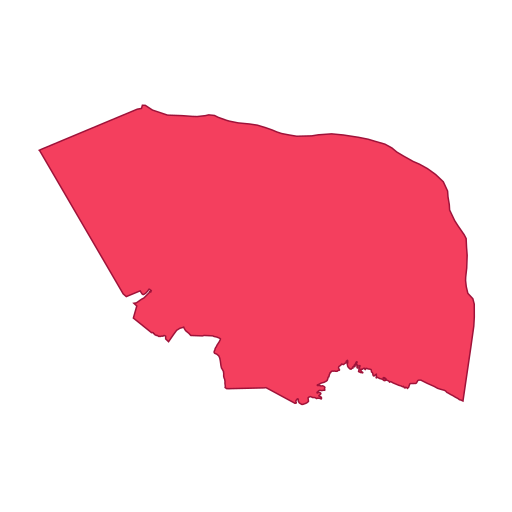 the district of Barito Timur, Kalimantan Tengah, Indonesia, rotated 92°
{"feature_id": "22746128B29529230943245", "entity_name": "Barito Timur", "entity_type": "district", "adm_level": 2, "iso_a3": "IDN", "parent_name": "Indonesia", "parent_adm1": "Kalimantan Tengah", "projection": "orthographic", "projection_center": [115.357, -2.015], "detail": "fine", "context": "isolated", "style": "filled", "palette": "rose", "viewbox_px": 512, "rotation_deg": 92, "n_neighbors": 0, "source": "geoboundaries", "source_scale": "gbopen_adm2", "svg_char_len": 6035}
<svg xmlns="http://www.w3.org/2000/svg" viewBox="0 0 512 512"><g transform="rotate(92 256 256)"><path d="M157.9,476.3L158.5,475.7L298.5,387.4L301.1,384.2L294.9,370.6L297.8,368.6L298.5,367.5L298.5,367.2L298.0,366.3L296.9,364.8L295.2,363.3L292.9,361.8L292.9,361.3L294.0,359.8L294.3,360.0L294.5,359.5L295.7,360.0L295.3,361.1L296.4,361.5L301.9,366.6L303.2,368.9L307.0,373.9L307.5,376.4L310.1,373.4L322.3,376.4L336.0,358.1L336.2,357.9L336.3,357.4L336.1,356.8L336.2,356.1L337.2,355.5L337.2,355.0L338.2,354.3L338.4,353.9L338.6,353.2L338.9,352.9L338.8,352.4L338.9,351.7L339.5,350.9L339.8,350.2L339.6,349.6L339.8,349.0L339.4,348.0L339.3,347.0L339.4,346.2L338.8,345.7L338.7,344.7L339.3,343.5L342.0,343.4L344.7,340.4L337.4,335.7L333.0,332.7L330.9,329.6L330.0,326.7L329.6,325.8L330.7,325.3L333.0,323.8L334.2,322.3L335.6,320.4L337.7,318.4L337.7,306.6L337.2,305.2L337.3,296.5L337.9,295.1L338.3,292.6L339.3,289.8L339.9,288.7L340.7,288.7L343.1,289.8L346.2,291.7L348.2,292.6L349.1,293.2L350.3,293.7L351.0,293.7L352.1,294.2L353.0,294.5L353.5,294.5L354.0,294.4L354.6,294.0L354.9,293.3L355.5,291.7L357.0,289.9L357.3,289.6L357.8,289.4L358.1,289.2L359.5,288.6L362.1,288.0L366.8,287.2L369.1,286.6L370.6,285.6L372.7,284.4L373.0,284.5L374.3,284.2L377.3,284.1L379.1,283.6L379.8,283.2L380.5,283.0L382.4,282.6L384.3,282.6L387.2,282.1L388.5,282.3L389.6,280.7L389.6,280.3L389.5,280.0L389.6,279.6L389.5,279.1L389.6,278.6L389.5,278.3L389.6,278.2L389.5,277.7L387.5,243.3L387.2,241.4L401.5,212.6L401.6,212.3L401.8,212.1L401.7,211.7L401.8,211.1L401.6,210.8L401.1,210.6L400.0,211.1L399.4,211.1L398.0,210.3L397.3,209.6L397.3,209.1L397.8,208.7L398.9,208.8L399.7,208.6L400.1,208.4L401.3,207.6L402.7,205.2L402.7,204.7L402.7,204.1L401.6,201.3L401.2,200.5L400.5,199.5L399.7,198.7L399.4,198.5L399.1,198.5L396.2,199.0L395.9,199.0L395.7,198.8L395.3,198.4L394.7,197.1L394.6,196.5L395.5,194.3L395.4,193.1L395.5,192.1L395.8,191.4L396.3,190.7L396.3,190.3L395.9,189.3L396.1,187.4L395.9,186.7L396.0,186.4L396.6,186.1L396.6,185.9L396.5,185.7L396.2,185.6L395.7,185.6L395.1,185.7L394.9,185.8L394.6,186.2L393.8,188.1L393.5,188.3L393.2,188.2L392.8,187.6L391.6,186.5L391.1,186.4L390.9,186.5L390.7,186.7L390.2,187.5L390.2,188.5L390.1,189.0L390.1,189.3L390.6,189.6L390.8,189.9L390.8,190.0L390.5,190.2L390.1,190.2L388.4,188.5L388.1,187.9L388.0,187.1L388.2,186.0L388.2,185.5L387.8,183.8L387.8,182.7L387.3,182.6L386.1,182.9L385.7,182.8L385.0,182.6L384.8,182.6L384.1,183.3L384.0,183.7L383.4,184.7L383.4,185.1L383.7,186.7L383.3,187.3L383.2,187.6L383.3,188.4L383.2,189.4L383.3,190.0L383.1,190.2L382.8,190.2L382.6,190.1L382.2,188.9L381.9,188.5L380.6,186.1L379.9,183.6L379.0,182.1L378.8,181.6L378.4,181.2L378.0,180.7L377.8,180.5L376.5,180.1L376.1,179.9L375.4,179.9L374.6,179.6L374.2,179.3L374.1,178.9L373.5,178.9L373.0,178.7L371.9,178.6L371.1,178.1L370.4,178.1L370.1,177.7L369.9,177.3L369.0,176.9L368.5,176.2L368.3,175.1L368.4,174.6L368.2,173.3L368.4,172.8L368.4,171.1L368.3,170.8L367.8,170.3L367.5,169.9L367.4,169.1L367.3,168.8L367.0,168.6L366.7,168.6L365.5,169.4L365.0,169.6L364.6,169.6L363.6,169.3L363.3,169.0L362.5,167.8L361.9,167.2L361.5,167.0L361.0,166.5L361.4,165.2L361.4,164.7L360.0,163.2L359.7,162.1L359.4,161.9L359.0,162.1L358.4,162.2L358.1,162.1L357.3,161.4L357.1,161.0L357.3,160.8L357.5,160.7L359.1,160.6L360.3,160.8L361.2,161.0L361.7,160.8L362.8,160.6L364.0,159.9L365.6,158.2L365.6,157.6L365.8,157.3L365.8,157.0L365.1,156.4L364.8,156.0L364.7,155.4L364.6,155.2L364.4,155.2L364.1,155.6L363.7,155.5L363.3,154.9L363.2,154.3L363.3,153.8L363.2,153.5L363.0,153.3L362.6,153.2L362.3,153.6L362.1,154.1L361.8,154.1L360.4,152.9L359.1,152.4L358.4,152.0L358.2,151.7L358.4,151.3L359.0,151.3L360.1,151.9L360.9,152.5L361.2,152.5L361.4,152.3L361.5,151.7L361.3,151.0L361.5,150.7L361.9,150.7L362.9,151.2L363.6,151.2L364.2,151.0L364.4,150.6L364.3,150.4L363.7,150.3L363.0,150.5L362.7,150.4L362.5,150.1L362.3,149.5L362.2,149.0L361.9,148.6L362.0,148.3L363.0,148.3L364.0,148.8L364.8,149.0L366.2,149.2L366.6,149.1L367.7,149.5L367.9,149.4L368.0,149.2L368.3,148.8L368.5,147.9L368.8,147.4L368.9,147.1L368.8,146.3L369.1,145.5L369.0,145.3L368.8,145.2L368.6,145.3L368.2,146.0L367.5,146.7L365.9,147.5L365.5,147.4L365.5,145.8L364.8,144.9L364.4,144.1L364.6,143.3L365.5,143.2L365.7,142.9L365.5,142.6L364.6,142.2L364.4,141.4L364.7,140.7L365.0,139.9L365.0,138.9L365.4,137.2L365.5,137.0L365.8,136.9L367.9,136.5L368.4,135.7L369.1,135.3L370.9,134.9L371.6,134.5L371.8,134.1L371.8,133.9L370.2,132.1L370.0,131.6L372.0,131.5L373.1,131.7L373.4,131.7L373.6,131.5L373.5,131.3L373.0,130.7L373.1,130.2L374.2,128.0L374.4,126.8L374.8,125.4L376.0,123.7L376.1,123.0L375.8,122.1L375.5,121.8L375.2,121.8L374.9,121.9L374.6,122.3L374.2,123.0L373.9,124.0L373.4,124.6L373.1,124.4L373.1,123.5L373.2,123.2L374.4,121.7L375.5,121.1L376.1,119.4L376.3,119.0L377.4,118.1L377.3,117.8L376.9,117.3L377.0,116.5L378.0,114.7L380.3,108.6L380.7,106.8L380.9,106.2L381.5,105.1L381.5,104.8L381.2,104.1L382.3,103.3L382.6,102.9L382.6,102.4L382.2,102.4L382.1,102.2L382.0,101.6L382.3,100.9L383.0,99.9L382.0,99.2L381.9,98.9L378.6,97.9L378.1,97.3L377.8,92.0L377.3,91.2L374.8,89.9L374.4,89.1L374.3,86.9L377.2,80.6L380.1,73.4L381.9,69.9L382.8,66.7L383.6,63.2L384.2,61.9L385.7,60.4L386.1,59.4L387.7,56.5L388.6,54.5L390.2,51.7L390.5,51.0L391.6,48.8L392.2,48.1L392.5,47.7L392.8,46.2L393.7,44.1L339.6,38.1L318.6,35.9L309.3,35.7L296.5,36.2L291.1,37.8L285.9,43.0L279.3,44.8L273.2,45.7L269.8,45.7L260.7,45.0L248.0,45.0L239.8,45.9L231.2,46.6L227.5,48.7L218.5,55.4L213.7,58.7L203.3,64.1L198.0,64.6L190.1,66.2L184.4,66.8L175.3,71.4L168.3,79.3L162.8,87.5L158.5,95.9L156.0,102.3L151.0,112.0L147.2,118.9L143.3,123.9L139.7,131.1L137.2,141.1L135.4,147.9L133.8,157.7L132.0,173.0L131.3,184.7L132.7,197.9L134.0,204.5L134.9,219.5L133.8,227.7L132.7,234.7L131.3,239.5L129.5,244.2L127.5,250.6L125.2,259.2L124.3,267.0L123.6,278.5L122.1,287.5L121.4,290.3L118.7,298.7L117.0,302.4L116.6,308.2L117.5,311.5L118.7,319.7L118.7,324.6L118.3,334.9L118.3,349.3L113.8,364.5L109.3,371.9L109.3,374.8L112.5,375.6L113.4,379.8L156.5,473.5L157.9,476.3Z" fill="#f43f5e" stroke="#9f1239" stroke-width="1.5"/></g></svg>